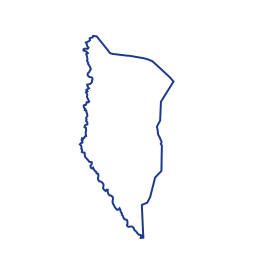 outline of América Dourada, Bahia, Brazil, rotated 139°
{"feature_id": "56859067B30516814482905", "entity_name": "América Dourada", "entity_type": "district", "adm_level": 2, "iso_a3": "BRA", "parent_name": "Brazil", "parent_adm1": "Bahia", "projection": "robinson", "projection_center": [-41.478, -11.399], "detail": "fine", "context": "isolated", "style": "outline", "palette": "blue", "viewbox_px": 256, "rotation_deg": 139, "n_neighbors": 0, "source": "geoboundaries", "source_scale": "gbopen_adm2", "svg_char_len": 2829}
<svg xmlns="http://www.w3.org/2000/svg" viewBox="0 0 256 256"><g transform="rotate(139 128 128)"><path d="M189.4,35.8L188.3,35.2L187.1,36.7L185.3,39.1L169.2,59.4L167.9,60.8L163.9,59.5L162.7,59.0L161.0,59.6L156.8,61.2L140.1,72.8L135.2,73.3L133.3,73.4L130.9,73.7L119.4,86.5L113.9,92.6L113.7,94.5L112.4,94.9L111.5,96.1L110.9,98.3L110.4,99.7L110.1,100.8L109.8,102.2L109.3,103.7L108.2,105.3L107.0,107.1L106.1,108.4L105.6,109.7L104.5,110.4L98.9,112.5L85.9,126.2L78.2,128.6L76.6,129.1L68.0,131.7L63.2,133.2L63.1,138.3L63.9,145.8L64.6,152.3L65.6,160.9L65.8,162.4L67.8,166.5L69.5,169.1L70.3,170.2L71.0,171.1L79.7,181.8L81.3,183.3L90.9,193.9L92.5,196.4L92.4,198.1L92.2,199.7L91.5,217.6L92.7,219.0L93.9,220.4L95.3,219.6L97.0,220.5L98.1,220.8L99.1,219.2L100.7,219.2L102.3,219.7L103.7,220.2L104.0,218.5L105.0,216.6L105.1,214.5L106.4,214.2L107.4,215.1L108.2,216.0L109.8,216.6L110.7,215.8L110.0,214.5L109.2,212.7L109.1,210.9L111.0,211.2L111.9,209.1L113.0,207.2L113.9,206.1L115.0,205.5L115.2,203.4L116.1,202.4L116.2,200.8L116.6,199.1L117.3,197.0L119.4,196.2L120.5,195.7L121.9,195.7L123.1,195.2L123.9,194.2L123.8,192.7L123.4,191.4L122.6,190.6L122.1,189.3L123.1,187.8L124.3,187.2L125.2,186.3L126.5,186.0L127.7,186.2L129.0,186.7L130.3,187.5L131.2,186.1L131.4,183.5L132.8,183.8L134.5,184.0L134.5,182.3L136.3,182.6L136.4,181.2L137.0,179.6L138.4,178.6L139.1,176.9L139.5,174.9L140.0,173.4L141.1,173.4L142.2,174.6L143.4,173.7L144.9,173.2L145.9,174.1L147.0,173.8L147.9,172.2L147.7,170.3L148.9,169.8L148.1,168.4L148.9,167.4L149.5,165.6L150.7,163.8L151.8,163.5L153.1,163.0L153.8,161.5L155.0,160.9L155.0,158.9L156.3,157.4L157.4,157.9L159.0,158.1L160.3,157.0L159.7,155.7L160.8,154.0L162.0,153.1L163.0,152.3L164.0,150.8L164.9,149.4L166.2,149.9L167.5,149.2L168.5,149.7L169.8,148.9L169.8,150.1L170.8,149.5L171.2,148.1L171.9,146.9L173.6,147.5L175.1,147.2L174.9,145.4L175.7,144.0L176.8,143.1L176.8,141.9L177.6,141.0L178.6,140.2L178.1,139.1L177.0,137.9L177.8,136.5L179.1,135.0L179.3,133.1L179.3,131.0L179.2,129.5L179.4,127.9L178.7,127.0L177.8,126.0L178.5,125.0L179.7,124.3L181.2,124.1L182.1,122.5L181.6,120.9L180.4,121.0L180.9,119.2L181.1,117.1L180.8,115.5L181.5,114.4L180.7,112.9L181.6,111.3L183.2,110.2L184.4,108.7L184.7,106.7L183.6,105.2L183.3,103.8L183.3,102.0L184.4,100.4L185.7,99.6L186.5,98.5L186.5,96.5L186.2,95.2L184.8,95.4L183.8,94.7L185.3,93.1L186.0,91.3L186.2,89.4L185.3,88.4L184.7,86.2L185.6,84.6L187.1,83.3L188.3,82.2L189.0,80.8L189.3,79.0L189.8,77.1L190.0,75.5L189.9,73.4L188.5,72.7L187.1,72.9L187.5,71.2L188.5,69.5L188.6,67.9L189.6,66.5L189.6,64.7L190.2,63.5L190.5,61.5L189.2,59.5L189.7,57.8L190.6,57.0L191.3,55.9L192.5,55.5L192.9,54.2L192.3,52.9L190.5,51.9L189.6,50.8L189.2,49.2L190.1,47.0L189.8,45.1L189.8,43.9L190.0,42.1L189.8,40.4L188.7,38.9L188.2,37.7L189.5,37.4L190.5,36.7L189.4,35.8Z" fill="none" stroke="#1e3a8a" stroke-width="2"/></g></svg>